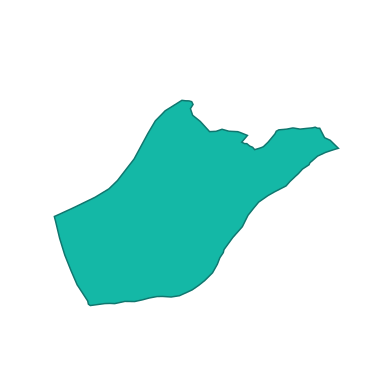 Omala, Kogi, Nigeria, rotated 238°
{"feature_id": "59680162B69944768623609", "entity_name": "Omala", "entity_type": "district", "adm_level": 2, "iso_a3": "NGA", "parent_name": "Nigeria", "parent_adm1": "Kogi", "projection": "equal_earth", "projection_center": [7.533, 7.781], "detail": "fine", "context": "isolated", "style": "filled", "palette": "teal", "viewbox_px": 384, "rotation_deg": 238, "n_neighbors": 0, "source": "geoboundaries", "source_scale": "gbopen_adm2", "svg_char_len": 1421}
<svg xmlns="http://www.w3.org/2000/svg" viewBox="0 0 384 384"><g transform="rotate(238 192 192)"><path d="M151.5,339.3L162.6,336.6L167.8,333.2L178.4,334.1L179.5,332.3L181.7,330.8L182.6,328.1L185.4,322.5L188.1,316.9L188.6,316.4L192.4,312.1L193.0,311.2L195.1,305.7L196.8,302.3L198.7,298.6L198.9,295.7L197.3,293.1L193.9,282.8L192.6,276.6L192.9,274.4L193.7,271.2L194.7,267.6L197.8,267.1L200.4,265.3L204.0,264.1L205.2,262.2L207.9,260.6L210.6,269.0L216.8,264.5L218.9,262.8L224.0,255.5L229.3,250.7L230.7,244.6L233.9,238.9L247.5,236.4L256.7,233.2L263.5,234.8L265.7,239.3L268.8,239.6L270.9,237.7L272.6,235.1L275.1,232.0L275.1,212.2L274.0,208.0L271.8,198.7L265.0,185.6L250.8,160.6L250.6,160.2L241.2,134.8L238.7,123.2L238.9,107.1L239.7,99.5L241.7,81.0L242.4,75.8L244.0,63.4L244.2,62.3L243.4,62.0L239.5,60.8L222.8,55.2L205.9,50.7L189.2,47.7L174.0,45.4L171.8,45.5L154.8,45.8L151.8,44.7L149.6,45.6L143.6,58.9L141.0,63.4L138.3,67.3L134.8,77.1L129.5,85.3L126.8,92.9L124.8,99.5L121.9,106.9L119.1,111.6L114.0,118.7L110.7,126.4L108.9,140.3L109.3,148.5L110.0,154.4L110.1,155.6L112.6,166.6L117.3,175.2L121.5,180.8L124.0,186.4L126.2,188.6L131.8,202.5L135.9,216.3L142.6,227.2L145.9,236.5L148.1,243.2L148.7,254.5L148.4,261.9L147.3,275.0L149.0,280.6L150.3,287.0L150.4,287.4L151.2,291.9L152.9,297.8L153.1,305.7L154.3,307.5L155.9,317.5L154.8,326.3L153.4,332.2L152.2,336.9L151.5,339.3Z" fill="#14b8a6" stroke="#0f766e" stroke-width="1.5"/></g></svg>